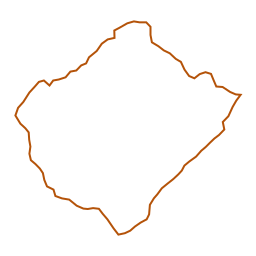 Aperibé, Rio de Janeiro, Brazil
{"feature_id": "56859067B41541405954438", "entity_name": "Aperibé", "entity_type": "district", "adm_level": 2, "iso_a3": "BRA", "parent_name": "Brazil", "parent_adm1": "Rio de Janeiro", "projection": "equal_earth", "projection_center": [-42.132, -21.653], "detail": "fine", "context": "isolated", "style": "outline", "palette": "amber", "viewbox_px": 256, "rotation_deg": 0, "n_neighbors": 0, "source": "geoboundaries", "source_scale": "gbopen_adm2", "svg_char_len": 1233}
<svg xmlns="http://www.w3.org/2000/svg" viewBox="0 0 256 256"><path d="M146.2,22.3L139.4,22.3L133.9,21.4L127.3,23.3L119.4,27.8L114.3,30.5L114.5,37.9L107.7,39.4L101.8,43.7L96.7,51.0L89.0,57.3L86.1,63.4L81.2,65.4L76.3,70.5L70.4,71.6L65.6,77.3L58.8,79.5L53.2,80.5L49.5,85.5L43.9,80.5L38.9,81.9L34.9,86.5L29.4,92.5L23.3,102.0L18.1,107.8L15.4,115.5L20.4,123.7L25.3,128.2L28.7,132.4L29.2,139.8L30.4,146.6L29.4,153.7L30.9,160.2L35.4,164.0L39.8,168.5L42.9,173.1L44.3,179.9L47.0,186.4L53.5,189.6L55.4,196.0L62.0,198.4L69.2,199.6L76.7,205.7L83.4,208.6L87.8,209.0L93.1,208.1L98.9,208.8L102.7,213.8L107.4,219.3L113.6,228.4L118.4,234.6L124.9,233.2L130.2,230.7L135.0,226.5L140.6,222.6L146.7,219.3L149.1,214.4L149.9,204.8L153.9,198.3L157.3,194.4L161.8,188.3L167.8,183.4L173.0,179.3L178.4,174.3L181.8,170.6L184.4,165.6L189.3,161.5L196.1,156.6L201.2,150.8L205.8,146.9L210.0,142.7L214.4,138.5L219.0,135.0L224.3,129.5L222.8,122.0L228.4,116.2L232.6,107.0L236.3,100.6L240.6,94.8L235.7,94.4L230.0,91.9L222.6,87.0L216.3,86.5L213.9,80.9L211.0,73.9L205.5,72.2L199.7,74.1L194.4,78.3L189.1,76.0L184.5,69.6L180.9,61.9L175.8,58.9L169.8,53.3L163.8,50.4L158.4,46.2L151.9,42.3L150.5,35.0L150.5,26.8L146.2,22.3Z" fill="none" stroke="#b45309" stroke-width="2"/></svg>